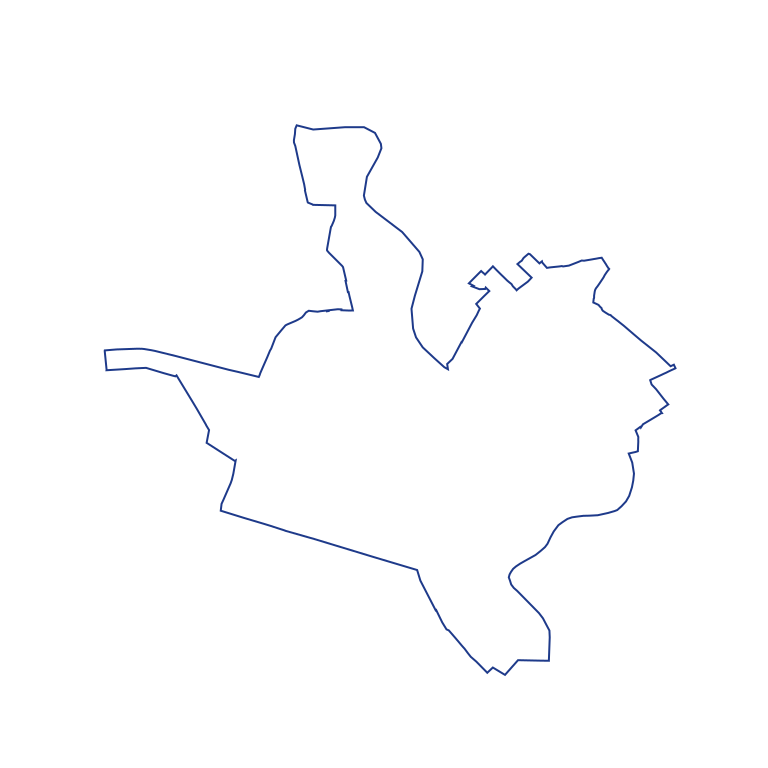 the district of Lubāna, Lubanas, Latvia, rotated 111°
{"feature_id": "27541924B15535016955578", "entity_name": "Lubāna", "entity_type": "district", "adm_level": 2, "iso_a3": "LVA", "parent_name": "Latvia", "parent_adm1": "Lubanas", "projection": "albers", "projection_center": [26.715, 56.896], "detail": "fine", "context": "isolated", "style": "outline", "palette": "blue", "viewbox_px": 768, "rotation_deg": 111, "n_neighbors": 0, "source": "geoboundaries", "source_scale": "gbopen_adm2", "svg_char_len": 4774}
<svg xmlns="http://www.w3.org/2000/svg" viewBox="0 0 768 768"><g transform="rotate(111 384 384)"><path d="M173.8,558.2L177.5,558.3L182.7,556.7L188.6,555.5L190.8,554.6L193.6,552.1L209.8,541.5L220.1,534.3L226.2,530.1L231.0,527.2L231.6,527.2L241.6,520.4L241.9,520.0L242.0,514.9L242.2,514.5L234.7,493.5L244.1,489.9L246.4,489.5L249.7,489.3L255.1,489.5L256.2,489.8L258.6,489.4L277.6,485.7L278.9,485.4L279.6,485.1L280.0,484.6L281.2,482.4L288.8,465.3L289.6,464.1L301.1,456.3L301.5,456.9L311.2,450.6L310.9,450.0L314.1,447.9L323.6,441.3L326.5,439.4L327.9,442.8L330.4,450.2L329.6,450.5L330.8,454.0L335.0,462.1L335.7,461.8L336.6,463.4L335.9,463.8L338.6,469.0L340.3,471.9L341.5,476.2L342.6,480.5L345.2,482.5L346.9,483.0L348.7,483.5L349.9,484.0L351.0,484.4L351.8,485.0L352.6,485.6L353.6,486.4L354.6,487.2L356.9,489.3L363.0,495.6L364.6,497.0L370.9,499.2L379.2,502.0L385.2,502.0L391.4,502.0L393.7,502.4L400.9,502.6L409.1,503.0L418.1,503.4L420.4,503.3L422.3,503.4L422.6,505.9L425.0,524.4L426.4,534.2L432.5,588.3L435.2,609.7L435.8,613.2L437.3,620.5L438.0,623.0L438.4,624.0L439.0,625.7L440.0,628.2L447.6,646.1L452.7,656.7L453.2,656.6L470.1,648.1L470.6,648.0L462.8,630.9L458.4,621.5L454.2,611.9L452.8,593.4L451.9,584.0L451.6,581.5L450.3,580.8L468.7,557.0L474.4,549.7L485.9,535.5L486.2,535.3L489.7,530.8L502.5,528.5L509.3,495.7L508.5,495.1L521.8,492.5L528.1,491.7L531.7,491.6L549.5,492.4L554.1,492.7L560.8,491.0L559.2,466.7L557.6,446.2L557.0,437.5L557.0,436.8L556.3,423.9L556.4,423.7L554.1,397.9L553.7,394.0L553.7,393.4L549.3,332.2L545.8,286.4L554.5,279.6L576.8,254.6L576.3,254.3L585.7,244.2L590.7,237.7L590.8,235.2L595.5,226.4L600.3,217.7L601.3,215.8L602.2,214.0L605.3,209.1L607.6,205.2L610.1,198.3L616.2,184.9L616.6,184.1L609.7,180.8L609.8,180.2L612.2,166.8L593.8,159.9L586.1,138.5L583.3,130.9L561.1,138.5L554.9,141.2L551.0,145.7L545.8,151.6L542.3,157.3L529.4,185.6L527.9,189.7L525.6,193.4L522.3,196.0L519.8,198.2L516.7,198.5L513.9,198.1L510.3,197.2L507.0,195.4L502.9,192.5L498.6,189.0L494.3,185.4L489.4,181.3L484.0,178.1L478.7,175.3L474.6,174.1L467.5,173.6L460.8,172.7L453.3,170.6L448.8,167.7L444.2,164.4L441.1,160.7L438.7,156.4L435.6,150.6L433.3,145.0L429.9,137.4L424.1,128.6L420.0,123.2L418.1,121.1L412.9,118.4L406.9,116.0L400.6,115.0L391.6,115.5L384.8,116.7L378.1,118.5L368.4,124.1L361.2,130.6L359.3,127.8L357.4,124.9L355.8,122.9L346.8,125.9L344.6,126.8L342.3,127.6L337.1,132.5L334.6,130.9L332.1,129.3L332.3,128.9L332.6,128.6L328.8,127.8L317.1,118.6L314.5,116.6L312.1,114.9L311.8,114.5L311.6,114.1L311.1,114.8L310.5,115.5L310.1,116.2L309.7,116.9L309.3,116.7L302.0,111.9L301.2,111.3L297.5,117.9L291.3,128.2L290.0,130.9L288.7,133.7L288.5,134.0L288.3,134.2L287.3,135.0L286.3,135.8L285.6,136.4L285.0,136.9L284.7,136.7L284.4,136.4L280.2,132.3L276.0,128.2L274.4,126.7L272.8,125.1L272.6,124.9L272.4,124.7L270.2,122.7L268.0,120.6L266.8,119.4L265.6,118.2L265.2,117.8L264.8,117.5L263.5,118.9L262.1,120.3L264.7,122.8L262.1,129.0L257.0,141.3L251.3,159.5L248.0,168.9L243.6,181.2L243.2,182.5L241.7,187.3L241.6,187.5L240.7,190.6L239.0,196.1L238.5,197.0L238.5,197.7L238.7,198.9L237.9,203.1L237.2,206.0L236.3,207.3L235.5,207.9L235.2,208.1L234.2,210.5L233.8,211.1L233.4,211.8L233.2,212.8L233.0,215.9L232.9,217.8L232.3,218.0L229.1,218.8L228.8,218.7L228.1,218.8L226.3,219.5L222.2,220.4L220.7,220.6L219.3,220.5L218.3,220.3L216.4,219.7L212.7,218.8L209.6,218.1L207.0,217.5L205.5,217.2L203.5,217.0L202.1,216.7L199.5,216.1L197.5,215.5L196.8,215.2L195.9,215.0L195.2,216.4L194.3,217.6L193.6,218.6L192.8,219.5L191.9,220.8L191.0,222.0L189.6,224.0L188.1,226.0L189.5,228.5L191.0,230.9L192.1,232.8L193.2,234.6L195.2,238.0L197.2,241.4L197.9,243.7L200.4,246.3L204.4,250.7L207.2,253.8L210.1,259.0L210.1,259.7L210.2,260.3L211.4,262.4L215.7,270.9L216.8,272.8L217.2,273.5L215.0,277.7L213.8,279.9L212.9,280.5L214.4,281.4L215.7,282.1L210.5,294.3L210.6,295.8L215.0,298.2L216.4,298.9L219.6,299.6L221.1,300.7L222.6,301.5L224.2,302.4L231.8,284.3L234.3,285.3L236.9,286.4L246.8,292.7L247.4,293.0L249.0,293.8L248.4,294.7L246.6,298.7L245.0,300.8L244.2,303.4L243.3,306.0L241.2,310.8L240.2,313.2L239.2,315.5L237.2,320.0L235.1,324.5L236.4,325.0L244.1,328.3L245.1,328.7L245.6,328.9L245.3,329.5L244.2,332.6L243.7,333.8L244.1,334.0L255.4,339.0L259.6,340.8L260.2,335.7L261.3,336.7L261.3,328.9L259.0,323.6L257.5,323.6L259.5,319.0L260.1,319.3L265.7,321.9L276.2,326.6L278.1,323.4L279.2,321.5L282.0,321.8L286.5,322.1L295.3,323.7L317.2,326.3L317.1,326.7L336.0,329.0L342.7,332.2L347.3,329.6L346.7,333.7L341.9,346.2L335.9,361.0L329.0,370.8L321.8,376.7L303.9,385.3L290.6,386.8L265.1,388.6L253.7,392.5L248.0,398.3L235.6,421.5L226.3,453.5L221.3,465.3L218.7,467.9L215.3,470.3L196.7,474.2L174.8,471.0L164.8,470.9L160.9,473.0L152.8,482.4L152.4,485.9L151.4,494.7L158.4,512.8L171.8,541.3L173.8,558.2Z" fill="none" stroke="#1e3a8a" stroke-width="2"/></g></svg>